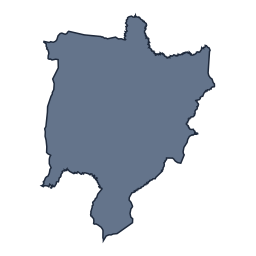 Chipili, Luapula, Zambia (orthographic projection)
{"feature_id": "96606910B25287686140667", "entity_name": "Chipili", "entity_type": "district", "adm_level": 2, "iso_a3": "ZMB", "parent_name": "Zambia", "parent_adm1": "Luapula", "projection": "orthographic", "projection_center": [29.255, -10.48], "detail": "fine", "context": "isolated", "style": "filled", "palette": "slate", "viewbox_px": 256, "rotation_deg": 0, "n_neighbors": 0, "source": "geoboundaries", "source_scale": "gbopen_adm2", "svg_char_len": 5722}
<svg xmlns="http://www.w3.org/2000/svg" viewBox="0 0 256 256"><path d="M214.2,86.8L214.5,86.4L214.4,83.9L213.2,82.6L212.0,79.0L210.2,77.7L208.7,75.4L208.1,72.8L209.5,51.5L210.1,50.3L209.1,47.9L207.7,47.3L206.4,45.7L205.2,45.4L205.2,46.8L204.3,47.5L203.5,47.4L202.9,47.9L203.1,48.3L202.6,48.1L201.8,48.9L201.6,48.4L201.4,49.7L199.6,52.1L198.7,52.3L198.0,51.8L196.5,52.2L196.5,52.8L195.9,53.5L194.3,54.6L193.4,54.5L193.3,54.9L192.2,55.2L191.4,54.9L191.2,54.1L190.6,54.6L190.3,53.8L190.9,53.0L190.5,53.3L190.0,52.8L190.2,53.5L189.7,53.6L188.9,53.3L189.1,52.4L187.7,52.7L187.6,52.2L187.0,52.6L186.1,52.1L184.3,52.7L184.5,53.1L183.8,53.0L183.9,53.5L183.3,53.8L182.8,53.4L182.3,54.4L181.6,54.0L180.8,54.8L179.7,54.5L179.1,54.8L178.5,54.4L178.6,54.8L177.6,55.0L177.7,55.7L177.0,55.9L176.4,55.9L176.5,55.5L175.2,55.6L174.9,55.1L173.8,54.8L172.5,56.1L170.8,55.8L171.1,56.2L169.1,57.0L169.4,57.5L168.1,57.2L168.1,57.8L167.5,58.0L166.6,57.7L166.0,56.5L164.6,56.1L164.4,55.1L163.1,54.6L163.6,54.1L162.3,53.1L161.2,53.7L160.3,52.9L160.3,53.7L159.7,53.4L159.4,53.7L159.7,54.4L158.2,53.9L158.2,54.6L156.0,53.8L156.1,55.0L155.5,55.2L155.3,54.0L154.1,53.2L154.4,52.1L153.3,51.7L153.5,51.2L152.0,51.2L151.9,50.5L151.3,50.2L151.5,49.4L149.7,48.0L149.7,47.4L148.8,47.5L149.8,46.0L149.0,45.2L149.1,44.7L148.0,44.4L148.5,43.2L149.0,43.0L148.7,42.7L149.4,42.3L148.5,41.8L148.9,41.3L148.2,39.2L148.8,38.9L148.4,38.2L146.9,38.0L146.9,37.5L146.2,37.9L146.4,36.6L145.7,36.0L146.1,35.6L146.0,35.3L145.5,35.3L145.4,33.4L144.6,33.0L144.5,31.0L145.9,29.0L145.8,28.5L145.1,28.3L145.6,27.4L145.2,27.1L146.2,26.4L146.1,25.4L146.6,25.2L146.2,23.5L144.4,22.2L144.3,21.6L143.9,21.8L143.3,21.0L142.9,21.1L142.7,20.3L140.7,19.2L139.7,17.6L139.0,17.6L138.8,17.0L137.3,17.1L135.8,16.5L135.5,15.4L135.3,16.1L134.8,16.1L134.8,17.1L133.1,17.1L131.5,16.1L128.9,16.8L127.6,17.7L127.5,19.2L126.4,20.1L126.6,21.7L125.6,23.1L127.4,25.3L126.9,25.7L127.0,26.3L125.9,26.5L126.5,28.0L126.1,29.2L127.1,31.1L125.8,31.8L125.3,31.7L125.9,32.9L124.6,33.7L125.2,35.0L124.7,34.8L124.5,35.3L125.5,36.1L124.1,37.9L124.5,37.7L124.5,38.2L125.6,39.5L125.1,39.9L122.5,39.3L121.8,38.8L118.3,38.9L115.6,37.1L107.4,38.8L105.8,38.0L104.7,38.3L102.7,36.9L101.9,37.1L100.9,36.5L84.4,34.9L68.7,31.3L67.5,32.3L67.0,33.4L65.2,34.3L61.8,33.1L60.2,33.5L58.1,35.7L56.8,39.8L55.5,41.3L53.2,42.3L50.6,41.7L49.8,42.3L48.6,42.4L44.0,41.4L43.8,42.1L46.2,43.9L46.2,46.4L47.1,47.9L46.7,48.9L47.8,49.7L48.5,51.6L48.8,53.6L48.2,55.8L48.1,58.6L49.1,59.2L50.6,59.1L52.0,60.0L55.7,59.2L58.1,59.6L58.3,67.9L52.7,79.0L54.2,83.6L53.8,89.6L52.3,92.6L52.3,94.1L51.0,96.3L47.6,106.6L47.4,112.3L45.9,126.6L44.7,128.8L45.3,131.7L45.1,136.3L46.1,140.3L46.8,146.8L46.6,152.4L47.8,153.7L50.7,155.3L49.7,157.2L49.3,159.1L49.3,163.8L51.1,167.8L50.0,169.3L49.3,173.2L48.0,176.1L46.4,176.9L45.3,178.2L44.5,180.5L43.3,181.9L43.8,182.3L43.9,183.2L42.7,185.3L41.5,185.7L43.3,186.7L44.5,185.6L47.3,185.9L48.9,186.8L49.7,184.2L51.3,185.5L51.4,186.7L50.8,187.4L51.1,188.1L51.6,187.9L52.8,185.4L53.5,186.6L54.5,186.6L56.3,183.6L56.4,182.2L57.1,181.7L58.4,181.8L59.3,177.8L60.4,177.1L61.1,175.8L60.8,175.3L61.2,174.2L62.6,172.3L62.2,171.4L63.5,170.8L64.3,170.9L64.3,170.1L64.8,170.7L66.4,170.5L66.0,169.9L66.8,169.8L66.5,169.6L67.0,168.9L67.1,169.5L67.8,169.4L69.5,171.3L73.8,173.6L74.7,173.3L74.4,172.7L74.8,172.4L76.9,173.3L77.1,172.4L77.8,171.8L81.1,174.2L81.7,174.2L82.4,172.9L83.6,173.9L84.1,172.8L85.0,172.8L88.5,173.7L89.7,174.7L90.3,174.7L90.6,173.9L91.9,174.0L92.3,176.0L93.5,176.0L93.4,175.7L94.3,175.3L94.6,175.6L94.5,176.5L94.2,176.2L93.7,177.0L94.0,177.8L94.6,177.7L95.5,179.1L96.5,177.8L97.1,178.1L96.4,179.6L96.5,180.5L97.4,180.9L97.4,182.2L98.4,183.1L98.2,183.8L99.6,185.3L99.7,186.1L98.8,186.5L98.9,186.8L99.8,187.7L100.3,187.1L101.3,188.6L101.8,188.4L102.0,188.9L97.8,194.1L96.6,197.8L95.4,198.5L94.8,200.2L92.7,202.3L93.1,204.5L93.0,205.2L92.2,205.8L92.2,207.3L90.8,211.9L91.0,212.9L90.6,214.7L90.9,216.0L91.9,216.2L92.1,217.1L93.6,218.6L93.9,221.1L93.6,223.6L94.4,224.1L96.2,224.0L98.1,225.0L101.1,227.2L102.5,229.2L103.0,230.5L102.9,237.9L103.4,239.1L103.4,240.6L106.2,236.0L109.0,234.8L111.1,234.9L113.2,234.0L117.1,233.6L132.5,222.7L132.7,218.8L130.8,217.0L130.0,213.4L130.9,209.0L132.5,206.7L132.4,205.8L131.0,202.3L129.1,200.0L129.3,197.4L131.9,192.8L134.2,192.2L134.4,191.0L135.3,191.5L135.9,190.3L136.8,190.5L137.1,189.5L137.9,189.7L138.3,188.5L139.4,188.7L141.2,187.8L141.1,187.2L143.2,186.4L144.7,184.5L145.8,184.8L146.8,182.8L147.6,183.6L148.4,182.5L148.3,181.8L149.5,181.4L149.7,180.5L150.4,180.6L151.4,179.8L151.9,180.0L153.0,178.8L155.3,178.7L155.7,177.5L162.1,171.3L161.7,171.0L162.2,170.5L161.9,170.2L162.9,169.7L163.2,167.6L164.1,166.2L164.3,164.0L163.9,162.9L165.2,161.6L165.0,161.0L166.5,159.6L166.5,158.0L172.6,158.1L173.8,159.1L175.2,161.0L177.6,162.6L180.8,163.2L184.2,154.9L183.5,153.8L183.1,151.8L183.9,147.4L187.1,142.4L187.7,139.5L189.4,136.4L192.2,134.8L192.9,135.2L194.3,134.2L196.4,134.3L197.7,133.8L197.5,133.2L196.2,133.2L195.9,132.8L195.3,132.9L195.2,132.4L194.7,132.6L194.8,131.2L193.8,130.5L193.4,129.3L191.0,129.5L189.6,128.9L189.4,128.0L188.7,127.7L188.8,127.0L188.2,126.6L188.3,125.8L186.4,124.3L186.4,123.3L187.6,122.7L187.4,121.8L188.5,120.6L188.4,119.0L189.2,118.9L189.2,118.5L189.6,118.7L189.7,118.2L190.7,117.9L191.1,116.9L193.0,116.8L194.5,115.4L194.4,114.1L194.8,114.2L195.1,113.2L195.0,111.1L195.9,109.7L196.8,109.4L197.4,107.8L197.0,106.6L198.0,106.2L198.5,104.5L198.3,103.7L197.1,102.4L197.0,101.2L195.8,100.8L195.7,100.5L199.4,99.6L200.3,98.5L200.2,97.5L201.8,96.3L202.7,96.3L203.9,93.2L205.7,90.9L206.0,91.4L206.5,90.7L207.1,90.9L207.4,89.8L209.4,89.9L210.5,88.7L211.1,88.9L211.2,88.1L212.2,87.0L214.2,86.8Z" fill="#64748b" stroke="#1e293b" stroke-width="1.5"/></svg>